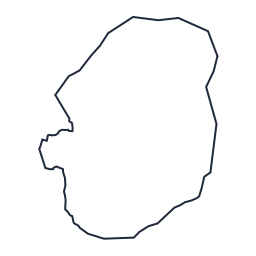 Keffi, Nassarawa, Nigeria (orthographic projection), rotated 181°
{"feature_id": "59680162B35305934518280", "entity_name": "Keffi", "entity_type": "district", "adm_level": 2, "iso_a3": "NGA", "parent_name": "Nigeria", "parent_adm1": "Nassarawa", "projection": "orthographic", "projection_center": [7.867, 8.837], "detail": "fine", "context": "isolated", "style": "outline", "palette": "slate", "viewbox_px": 256, "rotation_deg": 181, "n_neighbors": 0, "source": "geoboundaries", "source_scale": "gbopen_adm2", "svg_char_len": 1044}
<svg xmlns="http://www.w3.org/2000/svg" viewBox="0 0 256 256"><g transform="rotate(181 128 128)"><path d="M150.2,16.9L120.2,18.5L114.8,24.3L105.8,30.2L96.8,33.1L80.2,49.2L74.4,51.8L69.9,54.7L63.1,56.7L57.7,59.2L55.6,61.1L53.3,69.3L50.9,80.6L44.8,85.0L39.6,133.6L50.6,170.4L43.3,186.4L40.0,200.8L39.7,201.1L49.7,226.2L79.6,238.9L99.5,236.3L124.9,239.1L149.5,222.5L157.3,210.0L166.2,199.7L177.4,184.7L188.2,178.7L201.3,159.7L201.1,159.5L186.8,136.4L186.9,133.8L184.1,131.9L183.7,129.7L183.3,126.3L183.6,123.8L187.1,124.1L187.9,125.2L189.8,124.9L192.5,125.0L194.3,125.0L196.9,123.4L197.9,121.5L200.3,119.7L204.1,119.3L206.2,119.8L208.0,119.2L209.0,113.8L212.1,114.6L213.3,115.0L215.7,106.9L216.4,105.6L209.9,86.6L205.8,85.5L202.1,85.5L201.7,87.0L198.9,88.2L194.0,86.4L192.3,85.7L192.2,83.0L190.1,76.7L189.6,69.4L190.9,63.4L189.8,59.2L189.1,55.0L189.4,45.6L186.9,43.2L184.4,39.8L182.2,38.9L181.4,35.2L180.7,32.4L179.3,31.2L177.4,30.3L175.9,29.5L174.4,27.3L173.1,26.4L166.2,21.6L150.2,16.9Z" fill="none" stroke="#1e293b" stroke-width="2"/></g></svg>